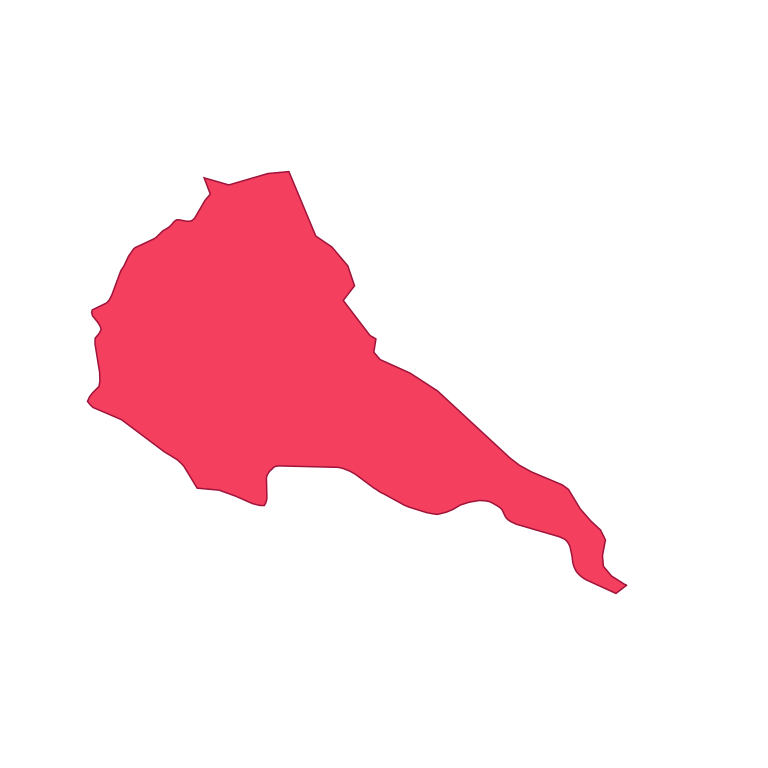 outline of San Vicente, rotated 291°
{"feature_id": "SLV-1353", "entity_name": "San Vicente", "entity_type": "Department", "adm_level": 1, "iso_a3": "SLV", "parent_name": "El Salvador", "parent_adm1": "", "projection": "equal_earth", "projection_center": [-88.756, 13.536], "detail": "fine", "context": "isolated", "style": "filled", "palette": "rose", "viewbox_px": 768, "rotation_deg": 291, "n_neighbors": 0, "source": "natural_earth", "source_scale": "10m", "svg_char_len": 1825}
<svg xmlns="http://www.w3.org/2000/svg" viewBox="0 0 768 768"><g transform="rotate(291 384 384)"><path d="M283.6,682.9L271.6,675.6L273.6,642.9L274.2,639.8L274.9,637.1L275.9,634.5L277.0,632.3L278.3,630.2L281.4,626.9L285.0,624.2L290.9,621.1L298.4,616.2L300.0,614.7L301.7,612.7L302.9,610.7L303.9,608.3L304.2,602.2L300.5,558.0L300.7,554.5L301.0,551.3L301.7,548.5L302.7,546.2L304.1,544.3L308.9,539.3L310.0,537.0L310.7,534.4L311.7,528.2L312.0,524.8L311.2,520.3L309.4,514.7L304.1,505.8L298.5,498.8L291.5,493.2L286.7,488.2L281.4,480.6L280.3,476.1L279.2,469.9L278.0,451.1L278.2,446.2L281.4,422.6L281.4,422.2L281.5,420.5L282.1,417.1L282.8,414.6L283.2,412.0L289.4,389.9L290.4,383.7L290.5,376.8L290.2,373.6L289.6,370.6L269.8,315.0L267.7,311.5L261.3,308.4L257.7,307.6L254.4,307.8L235.2,315.7L232.6,316.1L230.1,316.2L227.6,315.8L226.1,311.5L225.2,304.1L226.1,285.8L225.8,268.1L219.8,246.9L235.5,226.6L237.3,223.0L239.2,218.1L242.0,203.0L256.6,151.7L257.8,120.7L259.2,117.4L261.5,113.4L266.6,113.7L271.3,115.1L279.7,118.8L285.2,117.6L293.0,114.3L317.9,99.8L323.2,97.9L329.0,99.9L333.7,100.4L336.5,98.0L339.2,94.3L343.2,87.4L346.1,85.4L348.7,85.1L360.3,96.0L364.1,97.4L369.8,98.0L395.5,97.7L400.7,98.9L411.7,99.7L420.6,101.9L422.4,103.0L437.2,117.3L439.1,118.7L447.7,122.6L453.0,126.8L455.0,127.9L460.5,129.9L462.8,131.4L463.9,133.9L464.9,139.8L465.6,142.4L466.6,144.7L468.2,146.5L471.1,147.8L491.4,151.1L499.0,153.8L512.0,142.2L514.2,167.7L538.9,200.2L548.2,219.1L497.7,267.3L493.2,286.3L481.3,307.9L465.1,321.3L447.4,316.0L424.3,353.5L423.2,360.3L410.0,363.1L405.4,371.7L403.5,404.5L396.7,436.5L360.1,528.0L356.7,539.4L354.8,553.1L353.7,586.7L351.7,594.0L337.7,612.0L330.1,626.5L325.3,638.5L317.8,646.6L302.0,649.5L292.4,654.2L286.3,665.2L283.2,680.4L283.2,682.6L283.6,682.9Z" fill="#f43f5e" stroke="#9f1239" stroke-width="1.5"/></g></svg>